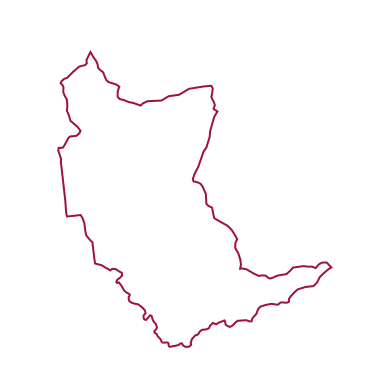 San Bautista, Canelones, Uruguay, rotated 172°
{"feature_id": "84410073B38212099909840", "entity_name": "San Bautista", "entity_type": "district", "adm_level": 2, "iso_a3": "URY", "parent_name": "Uruguay", "parent_adm1": "Canelones", "projection": "mercator", "projection_center": [-55.97, -34.418], "detail": "fine", "context": "isolated", "style": "outline", "palette": "rose", "viewbox_px": 384, "rotation_deg": 172, "n_neighbors": 0, "source": "geoboundaries", "source_scale": "gbopen_adm2", "svg_char_len": 3203}
<svg xmlns="http://www.w3.org/2000/svg" viewBox="0 0 384 384"><g transform="rotate(172 192 192)"><path d="M297.9,134.7L291.4,131.9L288.2,129.1L285.2,127.0L283.9,125.7L281.7,127.0L278.4,126.3L275.1,123.4L272.7,121.7L272.9,119.0L275.3,117.1L278.3,115.4L279.5,113.4L278.7,112.3L277.0,112.6L274.9,109.0L272.8,103.6L270.5,101.3L268.1,99.6L268.0,98.3L269.3,96.8L269.6,94.7L269.2,92.5L266.9,90.5L263.3,89.0L261.2,88.4L258.1,85.5L256.5,83.4L255.1,81.3L254.8,78.6L257.1,76.5L257.5,74.7L257.1,72.6L255.4,71.7L252.7,73.9L250.7,75.7L249.3,75.0L248.7,71.1L247.8,68.6L246.0,66.0L245.6,62.4L246.8,60.9L248.7,59.4L248.7,58.2L248.0,57.2L246.9,56.5L246.2,54.2L243.6,50.5L243.0,48.1L242.4,47.1L240.6,46.7L238.6,46.6L237.0,46.3L236.4,45.6L236.5,43.0L235.6,41.7L232.6,42.0L229.9,42.0L227.0,42.3L224.1,43.7L222.9,43.3L222.4,41.5L220.5,39.8L219.0,39.4L216.2,39.3L214.1,40.9L214.2,43.0L212.4,46.5L208.8,49.5L205.8,50.1L204.0,52.5L201.4,54.1L196.9,54.0L194.1,54.8L192.9,56.9L189.5,59.5L187.6,58.2L186.4,57.7L184.0,58.8L181.4,59.4L177.8,60.3L177.3,59.1L177.1,55.8L175.3,54.3L173.3,53.1L170.6,54.0L166.7,57.1L164.8,58.1L156.2,57.5L154.0,56.4L152.3,55.7L151.0,55.6L150.0,58.2L148.0,60.1L145.1,62.5L143.1,66.4L140.5,68.9L134.8,69.9L128.6,70.2L125.5,69.2L122.7,68.4L119.6,70.3L117.1,69.9L115.1,69.4L113.2,69.2L111.5,69.6L111.0,71.2L110.7,72.9L108.4,75.3L104.2,78.7L101.2,80.7L98.4,81.3L96.1,81.6L93.2,82.1L89.9,82.1L84.8,81.9L80.9,84.8L77.2,90.1L73.0,93.1L67.2,96.8L64.5,97.9L68.4,103.4L73.0,104.0L76.0,102.9L78.7,100.8L80.0,99.5L81.8,100.3L83.4,101.4L86.9,101.8L92.0,103.1L102.5,103.1L105.4,100.6L109.8,97.6L119.0,97.3L123.6,96.0L126.6,95.4L128.8,96.7L130.6,98.9L134.3,99.7L137.5,99.6L142.3,102.7L148.7,107.8L153.4,109.4L155.0,109.3L153.6,113.4L153.6,118.6L154.8,125.2L157.0,130.6L156.1,135.6L153.8,139.0L155.3,143.0L158.0,149.0L161.7,153.8L168.3,158.7L173.6,163.0L173.9,166.2L174.3,173.7L177.6,175.9L179.4,178.3L178.6,188.2L180.6,195.6L182.5,199.1L185.5,201.0L189.0,202.3L189.4,204.7L186.6,210.1L182.3,216.0L175.0,230.3L171.6,234.0L166.7,244.4L165.8,249.2L162.5,256.7L159.5,263.3L155.6,268.3L157.7,270.0L159.1,271.4L158.5,272.5L157.3,274.8L157.7,277.5L159.6,283.1L158.3,287.0L157.0,291.8L158.2,294.5L165.7,294.9L180.6,294.6L191.2,290.1L201.7,290.1L209.6,286.8L223.1,288.1L228.1,286.7L230.9,284.8L237.9,288.4L242.2,289.9L246.0,292.2L250.7,294.2L252.4,296.6L251.9,300.3L251.2,302.8L249.3,306.4L251.8,308.8L255.5,310.7L259.4,312.5L261.3,314.8L262.1,317.5L262.7,320.2L263.3,322.9L266.2,325.8L267.8,328.3L267.7,331.8L268.8,335.3L270.9,339.3L273.1,344.7L276.1,340.4L278.1,337.4L278.3,334.0L280.2,332.5L282.9,332.3L286.4,331.8L293.1,327.5L299.7,322.4L302.9,321.8L304.7,320.6L306.1,319.5L306.9,317.8L305.3,315.8L304.7,313.7L305.6,308.8L304.8,305.5L303.0,300.8L303.5,294.2L304.6,289.9L303.2,285.2L302.5,279.5L298.0,274.4L296.0,272.1L294.6,269.3L293.9,268.2L295.2,266.0L298.8,263.7L302.1,263.8L304.7,264.0L306.8,262.8L311.5,256.4L313.6,254.0L316.0,253.9L317.8,254.3L318.7,252.0L317.7,246.6L317.0,242.7L317.7,239.7L317.8,234.4L318.7,200.9L319.5,188.9L319.2,185.2L316.8,185.0L305.5,184.7L304.2,181.8L302.9,176.2L303.1,170.1L302.8,163.7L299.4,158.3L297.6,156.1L298.0,139.1L297.9,134.7Z" fill="none" stroke="#9f1239" stroke-width="2"/></g></svg>